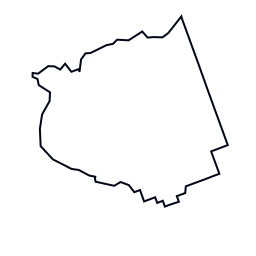 Acadia, Louisiana, United States of America (Mercator projection), rotated 70°
{"feature_id": "52423323B76935168618959", "entity_name": "Acadia", "entity_type": "district", "adm_level": 2, "iso_a3": "USA", "parent_name": "United States of America", "parent_adm1": "Louisiana", "projection": "mercator", "projection_center": [-92.42, 30.265], "detail": "fine", "context": "isolated", "style": "outline", "palette": "ink", "viewbox_px": 256, "rotation_deg": 70, "n_neighbors": 0, "source": "geoboundaries", "source_scale": "gbopen_adm2", "svg_char_len": 858}
<svg xmlns="http://www.w3.org/2000/svg" viewBox="0 0 256 256"><g transform="rotate(70 128 128)"><path d="M90.4,39.9L43.1,39.9L41.4,39.7L52.5,57.6L54.6,64.6L51.3,72.9L49.7,78.7L42.2,81.6L45.8,97.5L41.3,108.0L43.8,113.3L42.8,120.0L44.7,137.7L43.3,142.4L47.5,148.6L58.7,154.4L55.8,154.1L55.8,162.0L46.1,165.1L49.9,171.7L45.0,176.0L42.6,181.8L46.2,193.9L43.7,198.8L47.3,200.2L51.0,196.3L57.2,197.2L67.8,189.1L75.8,192.4L85.9,204.1L98.7,211.1L115.2,216.3L131.8,209.3L147.2,195.0L150.6,188.6L159.4,180.7L162.6,175.4L164.1,176.3L167.4,176.8L177.6,160.7L176.2,153.5L182.0,146.7L190.5,144.0L190.4,137.9L202.5,138.0L202.4,126.2L208.4,126.2L208.3,120.2L214.5,120.2L214.4,114.4L214.7,105.4L208.7,105.4L208.7,96.5L202.6,93.6L202.5,72.7L202.3,63.6L202.3,57.8L178.4,57.9L178.2,40.1L171.3,40.1L118.6,40.1L90.4,39.9Z" fill="none" stroke="#020617" stroke-width="2"/></g></svg>